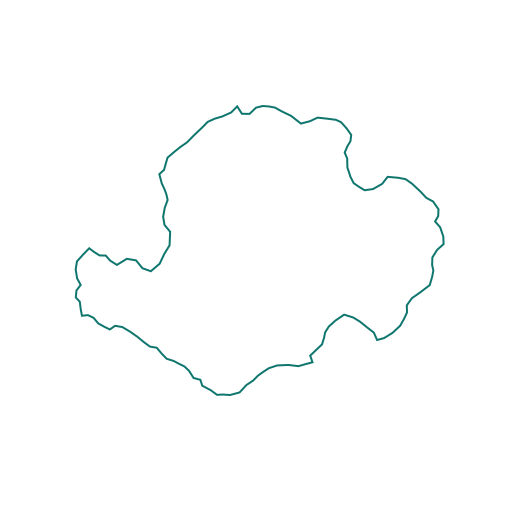 outline of Senador Firmino, Minas Gerais, Brazil, rotated 237°
{"feature_id": "56859067B42081947942118", "entity_name": "Senador Firmino", "entity_type": "district", "adm_level": 2, "iso_a3": "BRA", "parent_name": "Brazil", "parent_adm1": "Minas Gerais", "projection": "orthographic", "projection_center": [-43.103, -20.899], "detail": "fine", "context": "isolated", "style": "outline", "palette": "teal", "viewbox_px": 512, "rotation_deg": 237, "n_neighbors": 0, "source": "geoboundaries", "source_scale": "gbopen_adm2", "svg_char_len": 1952}
<svg xmlns="http://www.w3.org/2000/svg" viewBox="0 0 512 512"><g transform="rotate(237 256 256)"><path d="M119.6,311.8L117.4,318.7L117.2,328.8L119.0,338.9L122.8,346.2L126.4,351.9L132.5,355.6L135.7,363.7L136.1,374.5L137.0,385.9L142.7,392.5L147.2,396.8L152.5,398.8L158.7,403.1L162.5,411.2L163.8,419.8L170.3,423.7L179.8,426.1L187.4,425.0L190.2,430.5L195.8,434.5L205.3,434.2L212.0,430.5L220.1,429.1L231.5,426.3L239.0,423.3L244.3,417.7L250.7,409.5L247.8,401.1L248.4,390.6L252.0,382.9L258.5,379.8L263.9,377.6L270.8,378.3L280.6,380.9L288.1,385.6L294.4,386.7L298.2,392.3L300.9,397.8L305.7,401.8L313.7,401.5L322.0,400.2L326.8,397.1L332.8,390.0L338.5,383.0L339.7,374.5L342.6,365.8L354.5,361.7L363.4,356.3L370.2,352.7L374.7,347.9L378.2,343.2L380.4,336.8L378.7,328.0L382.9,321.7L391.7,321.7L389.9,313.3L391.4,303.7L393.6,296.3L394.8,288.6L393.2,281.5L392.1,275.5L390.8,268.8L388.9,260.2L388.6,251.8L387.9,244.7L386.7,235.4L382.3,230.3L378.3,225.8L377.3,219.5L368.2,216.5L362.4,215.7L356.8,214.5L351.1,212.4L346.1,205.7L339.5,199.5L331.9,196.2L323.1,197.2L312.1,189.4L307.6,180.1L302.0,171.0L300.5,159.5L307.6,154.1L317.7,153.0L324.0,146.1L324.3,134.5L331.5,131.2L338.2,130.2L341.7,125.1L347.6,122.4L353.3,120.3L351.4,111.9L349.0,102.9L343.0,97.5L334.7,93.8L327.2,93.2L324.9,86.7L319.4,82.3L313.6,83.3L306.8,80.0L300.7,77.5L297.9,82.9L292.6,86.1L285.3,87.0L279.0,90.4L274.0,93.4L274.2,99.8L269.2,105.2L261.1,109.2L252.6,112.6L245.3,114.9L237.8,117.7L233.1,122.8L225.7,123.7L218.5,125.1L212.8,129.8L207.4,132.8L202.4,135.8L196.2,137.3L187.7,137.2L182.5,141.9L176.4,140.3L168.2,144.9L160.8,147.7L157.7,153.0L153.6,158.4L150.5,167.9L153.0,177.7L153.1,185.8L154.6,192.6L154.9,199.3L154.9,205.7L152.7,214.1L147.0,223.8L140.5,231.6L138.3,238.7L136.1,245.5L142.9,247.2L144.5,255.5L145.9,263.2L150.2,268.4L154.3,272.4L157.2,278.7L158.6,287.5L158.8,298.0L151.4,304.1L144.2,307.5L134.1,310.8L127.6,313.1L119.6,311.8Z" fill="none" stroke="#0f766e" stroke-width="2"/></g></svg>